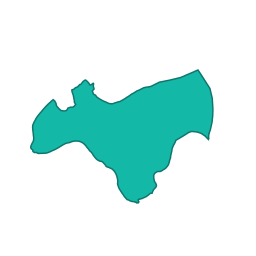 the district of Xamneua, Houaphan, Laos, rotated 144°
{"feature_id": "54806243B30579322269888", "entity_name": "Xamneua", "entity_type": "district", "adm_level": 2, "iso_a3": "LAO", "parent_name": "Laos", "parent_adm1": "Houaphan", "projection": "orthographic", "projection_center": [104.067, 20.373], "detail": "fine", "context": "isolated", "style": "filled", "palette": "teal", "viewbox_px": 256, "rotation_deg": 144, "n_neighbors": 0, "source": "geoboundaries", "source_scale": "gbopen_adm2", "svg_char_len": 5608}
<svg xmlns="http://www.w3.org/2000/svg" viewBox="0 0 256 256"><g transform="rotate(144 128 128)"><path d="M69.7,71.5L69.4,71.7L69.1,71.8L68.8,72.0L68.6,72.4L68.4,72.9L68.2,73.2L68.0,73.3L67.9,73.4L67.7,73.9L67.2,74.4L67.0,74.7L66.7,74.9L66.5,75.3L66.3,75.4L66.1,75.6L65.9,75.7L65.5,75.8L65.3,76.1L65.1,76.4L62.6,78.0L56.5,83.4L52.3,88.1L48.4,93.1L45.7,97.3L42.4,102.5L38.5,111.8L37.5,128.9L37.3,133.8L44.6,135.4L55.7,137.9L66.1,142.2L75.6,146.6L85.1,148.2L86.2,148.7L87.4,149.3L88.6,149.9L89.7,150.5L90.2,150.7L90.8,151.0L91.6,151.3L92.0,151.4L93.0,151.5L93.7,151.6L94.9,151.9L96.2,152.0L97.7,152.4L98.8,152.7L99.6,152.8L100.9,152.8L103.1,153.0L104.0,153.1L105.0,153.3L106.1,153.3L107.3,153.3L109.4,153.3L110.7,153.5L111.8,153.5L112.7,153.5L115.0,153.7L115.8,153.8L116.7,153.9L117.6,154.0L118.6,154.1L119.5,154.4L120.8,155.0L121.7,155.3L122.4,155.5L124.2,156.1L125.3,156.4L126.2,156.7L127.1,157.2L127.8,157.9L128.2,158.3L128.7,158.8L129.2,159.2L129.7,160.3L130.8,162.3L131.3,163.0L131.7,163.7L132.1,164.3L133.5,167.3L134.5,169.8L135.0,171.3L135.0,173.8L135.6,174.7L136.0,175.9L135.6,177.1L135.1,178.9L132.5,179.5L132.0,180.8L131.7,181.8L131.3,182.5L129.9,183.9L129.8,184.5L130.7,184.8L131.6,184.5L133.4,185.0L133.5,186.0L133.3,187.7L133.8,190.8L134.1,191.7L135.1,192.1L137.1,192.0L140.7,191.0L141.5,191.5L144.8,190.9L146.7,191.5L149.4,191.2L150.8,191.9L151.6,191.0L152.4,188.9L152.9,186.9L154.1,184.4L155.3,181.7L156.2,180.5L156.5,177.9L157.9,177.4L159.5,177.2L160.8,177.5L162.1,178.6L165.0,179.4L166.0,178.8L167.5,178.4L168.9,178.8L170.1,179.7L171.9,181.5L172.3,183.1L172.6,185.0L172.8,188.0L172.2,189.3L171.7,190.5L171.4,193.1L171.9,194.9L172.2,194.8L172.7,194.9L173.4,194.8L174.0,194.8L174.6,194.7L175.1,194.6L175.5,194.5L176.2,194.5L178.3,194.3L179.5,194.1L182.4,193.6L183.7,193.3L185.1,193.0L186.1,192.8L187.1,192.5L188.1,192.2L189.6,191.9L190.9,191.6L191.9,191.3L192.4,191.2L193.9,190.8L194.7,190.5L195.9,190.1L196.9,189.7L197.5,189.4L198.6,188.8L200.0,188.2L201.0,187.7L202.1,187.0L202.9,186.6L203.5,186.1L204.2,185.3L204.7,184.7L205.8,182.9L206.1,182.5L206.5,181.8L207.2,180.5L207.6,179.7L208.3,178.6L208.8,177.8L209.3,176.8L209.7,176.1L210.3,175.1L211.0,174.3L211.6,173.6L212.3,173.2L213.2,172.5L214.3,172.1L215.4,171.5L215.9,171.2L216.8,170.7L217.5,170.1L218.1,169.5L218.3,169.1L218.4,168.6L218.5,168.3L218.4,167.6L218.0,166.4L217.9,166.1L218.3,165.7L218.6,165.2L218.7,164.7L218.6,164.3L218.3,163.9L218.3,163.7L218.3,163.3L217.7,163.0L217.1,162.4L216.3,161.8L216.2,161.5L216.2,161.3L216.1,161.0L215.8,160.6L215.3,160.0L214.8,159.6L214.3,159.3L213.5,158.8L212.5,158.1L211.7,157.5L210.5,156.8L209.9,156.4L209.4,156.1L208.9,155.8L208.6,155.6L207.9,155.4L207.2,155.1L206.6,155.0L205.6,154.7L204.5,154.5L204.2,154.4L203.4,154.3L202.8,154.2L201.5,153.9L200.8,153.7L199.8,153.5L198.9,153.4L198.0,153.3L196.9,153.1L195.5,153.0L194.4,152.9L193.2,152.8L192.1,152.7L191.3,152.7L190.7,152.6L190.1,152.6L189.2,152.4L188.4,152.3L187.3,152.1L186.3,151.7L185.5,151.4L184.4,150.8L183.7,150.5L181.9,150.1L180.5,149.6L179.5,149.1L178.6,148.7L178.2,148.4L177.8,148.0L177.3,147.7L176.8,147.3L176.4,147.0L175.9,146.6L175.6,146.2L175.3,145.9L175.0,145.6L174.8,145.2L174.6,145.0L174.4,144.7L173.3,142.4L173.2,142.0L172.9,141.0L172.8,140.1L172.5,138.3L172.6,137.3L172.6,136.4L172.5,135.8L172.4,134.7L172.4,132.2L172.3,131.3L172.0,130.4L171.9,128.8L171.9,127.8L172.2,125.8L172.0,125.0L172.0,124.2L172.0,123.1L171.9,122.0L171.6,120.8L171.5,120.2L171.2,119.5L170.8,118.7L170.6,118.4L170.3,117.8L169.8,117.3L169.2,116.9L168.8,115.9L168.5,115.6L168.4,114.4L168.3,113.4L168.1,112.6L168.1,111.8L168.1,111.2L168.2,110.4L168.2,109.7L167.8,108.9L167.1,107.8L166.6,107.2L166.2,106.5L165.7,105.6L165.2,104.7L164.8,103.6L164.7,102.7L164.4,100.8L164.5,100.0L164.6,99.4L164.7,98.2L165.0,96.9L165.3,95.8L165.6,94.9L166.0,94.1L166.4,93.1L166.9,92.0L167.5,91.0L168.3,90.0L169.3,89.0L169.4,88.8L169.8,87.6L170.2,86.3L170.6,85.1L170.8,83.7L170.9,82.2L171.0,81.0L171.1,78.5L171.1,77.4L171.1,76.5L171.2,75.6L171.2,74.4L171.1,73.3L171.0,72.1L170.8,70.6L169.6,69.0L169.3,68.1L168.3,66.6L167.6,65.9L167.1,65.4L166.5,65.0L166.0,64.3L165.9,64.0L165.9,63.8L165.7,63.8L165.4,63.8L165.3,63.7L165.2,63.6L165.1,63.3L165.0,63.2L165.0,62.9L165.1,62.6L165.1,62.4L164.9,62.3L164.7,62.1L164.1,61.7L163.7,61.5L163.6,61.4L163.4,61.5L163.1,61.8L162.9,61.8L162.6,61.8L162.5,62.0L162.7,62.3L162.6,62.5L162.4,62.7L162.4,62.8L162.5,63.1L162.4,63.4L162.3,63.5L162.1,63.7L162.0,63.9L161.9,64.0L161.7,63.9L161.4,63.8L161.1,63.9L161.0,64.0L160.7,63.9L160.5,63.6L160.4,63.5L160.2,63.5L159.8,63.4L159.6,63.3L159.4,63.2L159.1,63.1L158.9,63.1L158.7,62.9L158.2,62.7L156.0,62.3L153.9,61.8L151.5,61.8L150.4,61.8L149.0,62.0L147.9,61.8L147.4,61.5L146.8,61.1L145.8,61.8L144.2,62.8L142.8,63.2L141.4,63.5L140.1,63.8L139.1,64.5L138.9,64.6L138.7,64.9L138.5,65.3L138.2,66.4L138.0,67.2L138.1,67.8L138.0,68.7L137.9,69.2L137.6,70.1L136.8,71.9L136.4,72.6L135.9,73.3L135.4,74.0L135.0,74.5L134.4,75.0L133.6,75.4L133.1,75.6L132.4,75.6L131.7,75.6L130.8,75.6L130.2,75.5L129.7,75.4L129.2,75.1L128.7,74.7L127.9,74.1L127.6,73.9L127.1,73.8L126.8,73.7L126.0,73.6L125.4,73.5L124.8,73.5L123.7,73.5L123.2,73.4L122.0,73.3L120.6,73.4L119.5,73.7L118.8,73.9L117.5,74.3L117.1,74.5L116.5,74.8L116.1,75.1L115.6,75.5L114.9,76.0L114.4,76.4L113.7,77.0L113.1,77.6L112.7,77.9L112.2,78.1L111.7,78.4L111.3,78.8L109.8,80.4L108.1,81.9L107.8,82.2L106.7,83.1L105.7,84.0L105.1,84.7L104.4,85.4L103.7,85.9L102.6,86.5L101.5,87.2L100.8,87.6L100.1,87.8L99.6,88.1L98.7,88.5L97.5,89.2L96.6,89.9L87.9,89.1L81.5,88.7L78.5,87.8L74.5,84.2L72.0,80.8L70.3,76.1L69.7,71.5Z" fill="#14b8a6" stroke="#0f766e" stroke-width="1.5"/></g></svg>